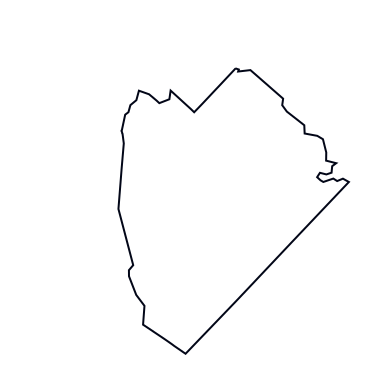 Jackson, Alabama, United States of America, rotated 133°
{"feature_id": "52423323B51119346032730", "entity_name": "Jackson", "entity_type": "district", "adm_level": 2, "iso_a3": "USA", "parent_name": "United States of America", "parent_adm1": "Alabama", "projection": "orthographic", "projection_center": [-86.071, 34.728], "detail": "fine", "context": "isolated", "style": "outline", "palette": "ink", "viewbox_px": 384, "rotation_deg": 133, "n_neighbors": 0, "source": "geoboundaries", "source_scale": "gbopen_adm2", "svg_char_len": 932}
<svg xmlns="http://www.w3.org/2000/svg" viewBox="0 0 384 384"><g transform="rotate(133 192 192)"><path d="M162.8,295.3L170.5,296.3L177.0,292.9L181.0,293.6L193.7,286.0L194.4,285.5L195.0,285.5L195.4,285.2L195.8,284.5L195.9,284.0L196.8,282.9L196.8,282.5L203.0,275.0L222.4,259.8L254.6,234.2L285.6,185.1L292.2,184.8L296.6,180.6L305.3,162.6L307.7,149.1L322.4,137.3L318.2,111.2L317.0,102.7L316.7,99.9L314.7,86.4L241.1,85.3L239.7,85.3L227.8,85.2L161.5,84.8L77.7,84.1L79.3,90.7L85.0,93.3L85.8,97.8L95.1,102.8L95.8,106.0L95.8,110.6L90.7,111.5L87.5,105.7L82.7,103.1L77.5,107.1L72.6,106.2L77.6,115.3L71.5,120.8L64.1,132.2L65.5,138.7L72.4,149.5L66.6,155.4L68.5,177.5L67.0,185.2L61.6,189.0L63.0,232.4L72.4,240.4L70.5,241.3L72.0,244.6L72.0,244.4L74.9,244.4L75.7,244.4L120.5,244.6L132.2,244.8L132.1,249.2L132.4,276.8L139.6,271.8L149.3,276.5L149.3,280.3L149.8,290.0L154.1,299.9L162.8,295.3Z" fill="none" stroke="#020617" stroke-width="2"/></g></svg>